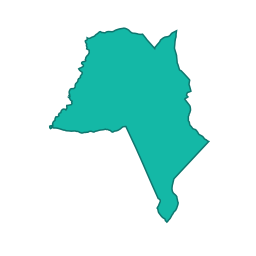 Juti, Mato Grosso do Sul, Brazil, rotated 79°
{"feature_id": "56859067B65010940731000", "entity_name": "Juti", "entity_type": "district", "adm_level": 2, "iso_a3": "BRA", "parent_name": "Brazil", "parent_adm1": "Mato Grosso do Sul", "projection": "orthographic", "projection_center": [-54.491, -22.818], "detail": "fine", "context": "isolated", "style": "filled", "palette": "teal", "viewbox_px": 256, "rotation_deg": 79, "n_neighbors": 0, "source": "geoboundaries", "source_scale": "gbopen_adm2", "svg_char_len": 4373}
<svg xmlns="http://www.w3.org/2000/svg" viewBox="0 0 256 256"><g transform="rotate(79 128 128)"><path d="M112.8,204.7L113.8,204.2L113.4,202.9L112.1,202.6L112.9,201.6L113.7,201.2L114.0,199.9L114.3,198.6L114.7,197.4L115.2,196.3L115.6,195.5L117.1,192.8L117.7,191.8L118.0,190.6L118.8,189.4L119.2,188.0L119.5,186.8L119.9,185.5L120.3,184.3L120.5,182.6L120.7,181.2L120.9,180.3L121.5,179.3L121.7,178.2L122.1,177.3L123.1,176.2L124.0,174.7L124.2,173.5L124.0,171.9L124.3,170.2L124.3,169.2L124.5,168.1L124.0,166.9L124.1,164.9L125.0,163.4L125.5,162.2L125.0,160.7L125.0,158.9L124.8,157.4L124.7,156.1L124.8,154.7L124.9,153.5L125.0,151.9L124.8,150.5L125.4,149.5L125.6,148.1L126.5,147.0L127.1,145.7L128.3,145.0L129.0,144.2L129.0,143.1L128.5,142.1L128.6,140.2L128.4,138.4L127.8,136.7L127.4,135.6L126.7,134.5L125.9,133.0L125.9,131.7L126.1,129.8L149.7,123.9L151.4,123.5L154.5,122.8L160.5,121.4L169.0,119.5L174.9,118.2L190.1,114.8L192.2,114.3L203.0,111.8L203.6,111.0L204.5,110.3L205.5,110.2L206.4,110.4L207.3,111.0L208.3,111.7L209.5,112.5L210.5,113.1L211.3,114.0L212.2,114.7L213.1,114.2L214.5,114.2L215.7,114.2L216.8,114.1L218.1,113.5L219.3,112.9L220.2,112.5L221.1,112.0L221.9,111.5L222.7,110.9L223.5,110.0L224.5,109.0L226.1,109.0L226.8,108.4L227.8,107.8L227.1,106.7L226.3,106.0L225.5,104.8L224.7,103.8L223.5,102.8L221.8,101.4L220.9,100.4L219.9,99.6L219.2,99.0L218.7,98.2L217.9,97.0L216.9,96.2L216.0,95.5L214.7,94.8L213.7,94.2L212.2,93.4L210.9,93.0L209.3,93.3L208.0,93.2L206.3,93.3L204.7,93.2L203.4,93.8L202.4,94.5L201.0,95.6L199.9,96.2L198.5,96.5L196.8,96.5L195.4,96.3L194.5,96.0L193.5,95.7L192.4,95.3L191.0,94.6L189.8,94.1L188.7,93.6L187.6,93.1L186.6,92.6L156.6,51.3L156.0,52.3L154.7,53.3L153.2,55.1L151.8,55.6L150.5,56.4L149.6,57.4L148.7,58.5L147.9,59.5L146.6,60.1L145.6,60.3L144.5,60.9L143.4,61.3L142.3,62.3L141.7,63.5L141.0,64.5L139.8,65.1L138.5,65.7L137.4,66.5L135.8,66.8L134.5,66.7L133.3,66.9L132.5,67.4L131.1,67.1L129.5,66.8L128.4,66.7L127.2,65.8L125.8,65.3L124.8,64.4L123.5,63.8L122.4,63.2L120.8,63.0L119.3,62.9L117.9,63.1L110.5,66.8L109.7,65.9L109.7,64.9L108.9,63.2L107.1,64.3L105.8,63.8L105.0,63.3L104.5,62.6L104.2,60.4L103.9,59.2L102.1,59.3L99.6,59.5L96.8,59.8L94.5,59.0L92.8,58.3L91.2,59.1L88.9,60.5L85.5,62.6L82.0,64.9L80.9,66.3L79.3,66.5L78.1,66.6L75.1,66.9L73.6,67.3L71.9,67.1L67.6,66.7L66.0,66.5L63.7,66.7L61.0,67.0L58.6,67.2L56.8,66.7L55.5,66.3L52.2,65.4L49.4,64.4L48.0,63.6L47.0,63.3L45.4,63.0L43.8,62.5L41.8,61.8L43.2,66.7L44.2,68.1L45.0,68.9L45.5,69.7L45.9,71.1L45.9,72.2L45.8,74.3L46.1,75.4L46.4,76.4L47.0,77.6L47.9,79.3L49.3,80.3L50.0,81.1L50.7,82.0L51.3,82.8L52.0,83.7L52.9,84.7L53.8,86.0L55.1,86.6L44.8,92.7L42.8,93.6L38.7,95.8L38.6,97.4L38.2,98.9L37.9,99.8L37.2,101.1L36.6,102.5L36.3,103.4L35.8,105.3L35.1,106.3L34.3,107.1L33.0,108.0L32.1,108.6L31.2,109.5L30.3,110.7L29.5,112.0L29.2,113.1L29.2,114.5L29.1,117.0L29.2,118.6L29.4,120.1L29.6,121.5L29.9,122.5L30.4,123.8L30.5,125.3L30.2,126.3L29.6,128.7L29.5,130.2L29.7,131.2L30.1,132.0L30.1,133.1L29.5,134.4L29.2,135.8L28.2,136.5L28.2,137.7L29.0,139.0L29.7,140.3L30.1,141.4L30.7,142.4L31.4,143.2L31.7,144.4L31.9,145.5L32.1,146.8L32.6,147.7L32.6,148.8L32.4,150.1L31.7,150.9L33.5,151.2L34.0,152.1L34.1,153.1L35.1,153.4L36.0,153.2L36.9,152.9L37.8,152.5L38.7,153.0L39.8,153.1L40.9,152.8L42.4,153.5L43.4,152.3L44.1,151.4L45.0,151.3L45.8,151.7L46.8,151.7L47.5,152.3L48.7,153.4L49.5,154.7L50.4,155.6L51.1,156.1L52.0,156.4L52.8,156.9L53.9,156.6L54.5,157.8L54.3,159.3L54.8,160.9L56.0,161.2L56.7,160.6L57.7,159.8L58.7,160.0L59.3,160.8L59.6,161.9L60.0,163.1L60.1,164.1L60.5,165.1L61.8,164.6L63.0,163.8L63.9,162.9L64.8,162.3L66.0,162.7L66.7,163.4L67.4,164.1L68.1,164.9L69.4,165.1L69.9,166.2L70.2,167.1L71.2,167.9L72.5,168.3L73.1,168.9L73.7,169.7L74.6,171.0L75.9,171.7L77.2,171.9L78.2,172.4L78.9,173.6L78.8,174.8L78.6,175.7L78.8,177.1L80.1,178.2L81.1,178.8L82.5,179.1L83.8,178.8L84.7,179.7L85.4,178.9L86.3,179.1L86.4,180.5L87.4,179.8L88.2,179.5L89.1,179.3L90.0,178.8L91.0,177.8L92.0,178.4L93.4,178.3L94.3,179.4L94.3,181.1L94.3,182.4L94.2,183.8L95.3,184.1L96.2,184.0L97.1,184.3L98.4,185.5L97.6,186.1L97.1,187.7L97.3,188.8L97.9,189.7L98.8,190.5L100.1,191.0L100.5,192.7L101.6,193.6L102.8,193.5L103.3,194.4L103.6,195.5L103.2,196.5L104.2,197.4L105.4,198.0L106.6,198.2L107.2,199.5L107.8,200.2L108.7,200.8L109.7,201.3L110.6,201.2L111.5,201.5L111.0,202.9L111.3,204.5L112.8,204.7Z" fill="#14b8a6" stroke="#0f766e" stroke-width="1.5"/></g></svg>